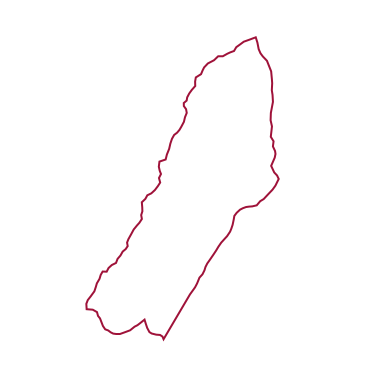 Ouroeste, São Paulo, Brazil, rotated 37°
{"feature_id": "56859067B2598348213276", "entity_name": "Ouroeste", "entity_type": "district", "adm_level": 2, "iso_a3": "BRA", "parent_name": "Brazil", "parent_adm1": "São Paulo", "projection": "equal_earth", "projection_center": [-50.408, -19.922], "detail": "fine", "context": "isolated", "style": "outline", "palette": "rose", "viewbox_px": 384, "rotation_deg": 37, "n_neighbors": 0, "source": "geoboundaries", "source_scale": "gbopen_adm2", "svg_char_len": 2054}
<svg xmlns="http://www.w3.org/2000/svg" viewBox="0 0 384 384"><g transform="rotate(37 192 192)"><path d="M149.8,30.1L146.0,36.1L142.9,40.8L141.5,45.5L140.2,49.7L140.7,54.1L138.5,57.5L137.0,60.3L134.9,65.1L131.2,67.9L130.3,73.5L127.3,79.8L126.7,85.2L127.3,88.5L128.3,92.4L126.1,98.2L128.0,101.9L130.8,105.4L130.4,110.6L130.5,115.0L131.2,119.3L132.7,122.2L131.9,125.9L133.8,128.3L137.4,129.4L140.2,132.0L141.4,136.5L143.3,140.8L144.2,146.4L144.6,150.0L144.4,153.6L143.4,157.2L144.0,161.6L145.6,166.4L147.8,171.3L149.4,177.2L151.4,181.9L147.7,187.3L150.3,191.8L153.5,194.5L156.4,196.3L157.2,200.7L160.9,203.6L161.2,207.7L161.2,212.7L160.3,217.6L158.3,221.5L158.9,225.6L158.1,230.4L161.5,234.2L164.0,237.3L165.3,241.0L168.2,243.7L168.5,248.3L168.2,251.8L168.0,257.0L168.8,262.2L169.6,268.0L170.6,271.5L173.2,273.9L173.4,277.5L172.5,281.3L173.1,285.8L172.8,290.2L174.0,294.4L171.9,298.6L171.1,302.9L171.8,307.0L168.5,309.3L169.0,313.2L170.4,317.0L171.0,322.2L172.4,325.9L173.8,330.1L173.9,336.5L173.8,341.0L174.9,344.9L178.4,349.0L183.6,345.7L188.4,345.1L191.5,347.5L194.6,348.3L201.5,352.6L205.3,353.9L208.4,353.0L211.5,353.0L214.3,352.5L216.8,351.1L219.9,348.8L222.6,344.7L225.8,339.7L227.2,334.1L228.6,331.2L229.5,328.0L230.9,322.5L234.2,324.9L238.0,327.5L242.3,329.5L244.9,329.3L249.2,327.5L252.5,325.4L255.4,325.2L257.9,326.7L252.0,275.0L251.9,270.0L251.8,266.3L251.1,262.0L249.5,255.9L249.9,251.4L249.1,247.1L247.9,243.8L247.2,239.9L247.1,236.2L246.8,229.3L246.5,224.3L246.0,219.7L245.8,214.8L246.6,206.1L246.3,200.8L245.5,197.7L244.2,193.8L242.0,189.1L240.2,185.6L240.2,181.7L241.0,177.2L242.4,174.3L244.2,171.5L246.3,169.4L248.8,167.2L251.7,163.7L252.0,158.3L253.5,154.5L254.1,148.8L254.9,141.7L254.8,136.7L253.4,129.4L250.0,127.6L245.9,126.9L239.5,123.5L237.4,114.8L235.8,111.4L233.7,109.3L229.2,106.9L226.6,102.4L221.7,100.5L216.4,91.5L211.6,87.4L207.4,81.4L202.4,71.3L197.9,66.0L194.5,62.7L190.6,56.9L187.8,53.7L182.6,48.0L172.9,42.1L166.9,41.1L163.2,40.0L159.3,37.8L154.3,33.3L149.8,30.1Z" fill="none" stroke="#9f1239" stroke-width="2"/></g></svg>